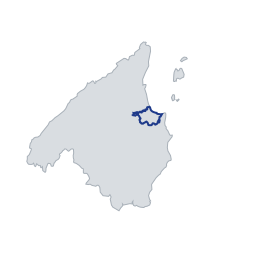 Valencia highlighted on a map of Spain, rotated 310°
{"feature_id": "ESP-5849", "entity_name": "Valencia", "entity_type": "Autonomous Community", "adm_level": 1, "iso_a3": "ESP", "parent_name": "Spain", "parent_adm1": "", "projection": "natural_earth1", "projection_center": [-1.049, 39.449], "detail": "fine", "context": "in_parent", "style": "outline", "palette": "blue", "viewbox_px": 256, "rotation_deg": 310, "n_neighbors": 0, "source": "natural_earth", "source_scale": "10m", "svg_char_len": 6342}
<svg xmlns="http://www.w3.org/2000/svg" viewBox="0 0 256 256"><g transform="rotate(310 128 128)"><path d="M136.5,68.0L136.5,68.6L137.6,69.7L140.8,70.4L141.6,70.8L141.4,72.4L140.7,73.7L141.4,74.3L142.1,74.3L143.1,73.2L143.3,73.9L144.8,74.5L148.0,75.8L150.3,75.9L152.7,78.3L156.6,77.9L160.0,80.2L163.3,79.7L164.0,80.1L169.1,80.2L169.4,78.3L170.0,77.5L178.8,80.2L179.8,81.8L179.7,82.6L180.1,84.5L181.3,84.4L183.6,83.3L186.6,84.6L187.4,85.8L188.0,85.9L190.3,84.7L196.4,86.1L196.6,85.2L197.0,85.0L199.6,84.1L200.6,84.0L203.9,84.6L204.3,85.6L205.0,86.1L205.2,87.0L203.3,87.5L203.2,89.1L204.4,90.5L204.5,92.8L201.3,95.9L192.0,101.0L188.9,104.0L181.9,105.6L174.7,107.9L170.4,111.9L171.5,112.3L172.8,113.7L172.4,114.3L170.5,115.2L168.8,115.5L165.7,120.5L161.4,125.7L159.7,128.1L156.3,134.2L156.3,135.9L158.0,142.0L159.0,143.6L160.4,144.9L163.0,146.1L163.6,147.2L162.7,148.3L160.1,150.2L155.6,152.7L153.7,154.8L153.3,156.7L152.0,157.6L151.5,160.3L149.7,164.1L149.6,165.1L151.0,166.5L149.6,167.4L142.6,167.7L138.3,170.7L136.1,173.3L134.2,178.3L131.8,181.2L130.7,181.7L129.1,180.4L127.1,180.2L125.1,180.7L124.1,181.7L122.4,182.2L120.9,181.7L117.4,181.5L115.9,181.5L113.5,182.3L111.5,181.8L108.1,181.5L100.6,182.2L99.7,182.5L96.3,185.8L92.7,185.9L89.4,187.2L87.2,190.4L86.7,192.2L86.1,191.8L85.6,191.9L85.3,193.2L83.0,194.1L80.5,193.0L78.4,191.4L77.3,191.3L75.6,188.8L74.8,187.2L74.3,185.5L74.3,184.3L72.7,183.6L72.3,182.0L73.5,179.9L75.1,178.8L73.7,178.9L72.6,180.2L71.3,178.1L66.0,174.0L66.3,172.6L65.4,173.6L64.7,173.9L62.0,173.8L58.8,174.3L57.6,167.3L58.4,164.8L62.1,160.1L64.3,159.4L65.3,157.0L63.2,157.1L60.1,152.4L61.0,148.0L64.3,144.7L64.9,143.3L65.0,142.1L64.4,141.2L62.7,140.8L60.9,137.3L60.6,135.1L59.1,133.9L57.9,131.8L59.0,131.4L63.6,131.4L64.7,130.9L65.6,129.4L66.5,127.1L66.8,125.6L65.0,123.5L65.0,123.1L65.2,122.4L68.0,120.1L67.5,118.4L68.0,114.8L67.8,112.7L67.6,111.0L66.7,108.8L67.3,107.9L68.8,107.1L70.0,105.3L71.7,103.7L73.9,102.5L76.6,99.9L76.2,98.7L75.3,98.0L72.1,97.5L71.9,96.9L72.0,94.0L71.2,92.9L70.0,93.0L68.3,92.5L67.9,92.8L65.6,92.7L64.1,92.2L63.4,92.7L63.2,93.7L60.5,94.7L59.1,94.7L56.7,93.8L53.9,94.1L53.6,93.9L51.2,95.1L50.4,95.1L49.5,93.7L50.8,91.6L49.7,89.6L49.0,89.6L44.6,91.0L42.0,92.9L41.0,93.1L40.7,92.8L40.6,90.1L43.4,87.2L41.7,87.0L41.8,86.2L42.9,84.9L41.8,83.9L41.9,81.0L39.5,81.9L38.9,81.8L38.9,80.6L40.4,78.3L38.9,78.1L37.8,77.2L36.4,75.3L36.4,74.3L37.3,72.0L39.4,70.9L41.4,69.2L44.2,69.5L48.4,68.2L49.9,67.5L49.8,66.5L49.4,65.8L49.8,65.1L53.3,63.1L55.3,62.9L57.4,61.9L58.8,62.6L60.0,62.4L61.4,63.1L63.2,64.8L65.8,65.5L68.0,65.0L79.0,64.8L82.2,64.0L84.6,65.0L89.2,65.5L92.1,66.4L99.8,67.9L102.7,67.9L108.4,66.4L109.9,66.8L112.2,66.1L113.3,66.2L114.7,67.2L119.7,68.6L121.0,67.5L122.0,67.2L125.6,67.9L129.2,69.3L131.1,69.4L133.8,69.1L136.5,68.0ZM203.7,129.6L205.0,130.1L206.4,129.6L207.1,129.8L207.8,130.1L208.0,131.1L205.2,136.5L202.8,137.9L200.4,136.8L199.1,136.5L198.7,136.1L198.3,134.3L197.7,133.8L196.8,133.6L194.9,134.9L194.4,134.0L193.5,133.8L193.2,133.3L193.2,132.6L198.8,128.5L200.4,127.5L203.8,126.5L204.4,126.6L203.9,127.3L204.4,127.9L203.7,129.6ZM219.6,127.4L219.1,128.9L214.9,126.9L213.5,126.7L213.2,126.4L213.3,124.9L216.1,124.7L218.4,125.4L219.6,127.4ZM180.6,144.5L180.1,145.5L178.1,145.1L177.6,144.7L178.0,143.5L178.6,143.4L178.7,142.5L179.3,141.7L182.2,141.0L182.9,141.6L183.1,142.4L181.3,144.2L180.6,144.5ZM182.7,148.7L182.4,148.9L180.1,148.7L180.1,148.0L180.5,147.0L181.4,148.0L182.7,148.2L182.7,148.7Z" fill="#d9dde1" stroke="#a8b0b8" stroke-width="1"/><path d="M158.1,130.8L158.1,131.0L158.0,131.4L157.9,131.7L157.8,131.9L157.5,132.3L157.3,132.5L157.1,132.8L157.0,133.1L156.9,133.3L156.5,133.9L156.4,134.2L156.3,134.9L156.3,135.7L156.4,136.4L156.7,137.6L157.5,139.4L157.7,139.7L157.9,140.0L157.7,140.1L157.6,140.5L157.7,141.2L157.9,141.7L158.3,142.4L158.7,143.0L159.2,143.9L159.4,144.2L159.9,144.6L160.4,145.1L157.7,145.6L156.6,145.1L155.1,146.2L152.7,146.6L153.1,147.3L153.3,147.2L153.5,147.1L153.9,147.5L152.4,148.3L152.2,148.2L151.9,147.9L150.8,147.3L150.6,147.3L149.7,147.5L149.5,147.4L149.1,147.0L149.0,146.9L148.8,146.9L148.5,147.0L148.4,147.0L148.3,146.9L148.1,146.7L148.2,146.4L148.3,146.3L148.3,146.2L148.1,145.5L148.1,145.4L148.2,145.2L148.1,144.9L147.7,144.1L147.4,143.9L147.2,143.9L147.1,144.0L146.9,144.1L146.6,144.1L146.2,144.1L145.9,144.2L145.5,144.2L145.3,144.1L145.1,144.0L143.7,142.4L143.6,142.0L143.5,141.8L143.6,141.7L143.6,141.4L143.8,141.1L143.9,140.9L144.0,140.7L144.2,140.4L144.3,140.3L144.4,140.2L144.5,139.9L144.6,139.6L144.7,139.4L144.7,139.0L144.7,138.9L144.7,138.7L144.7,138.4L144.8,138.3L144.8,138.1L144.7,137.9L142.9,137.3L142.7,137.3L142.5,137.2L141.9,136.8L141.6,136.7L141.4,136.8L141.2,136.8L141.0,136.7L140.9,136.4L140.7,136.2L140.5,135.9L140.3,135.9L140.2,135.7L140.1,135.4L140.1,135.2L140.2,134.9L140.2,134.7L140.3,134.6L140.3,134.3L140.3,134.2L140.3,133.9L140.2,133.7L140.3,133.6L140.3,133.4L140.5,133.3L140.6,133.2L140.8,133.0L141.3,132.0L141.4,131.9L141.7,131.6L141.9,131.4L142.1,131.4L142.3,131.4L142.5,131.5L142.8,131.6L143.0,131.6L143.3,131.5L143.4,131.4L143.5,131.2L143.5,130.8L143.4,130.7L143.5,130.4L143.8,129.8L144.0,129.6L144.2,129.2L144.4,128.3L144.4,128.0L144.4,127.8L144.4,127.5L144.4,127.4L144.3,127.1L144.4,126.9L144.5,126.8L145.0,126.6L145.4,126.6L145.7,126.5L145.8,126.5L146.1,126.4L146.4,126.3L146.9,126.4L147.1,126.3L147.3,126.4L147.5,126.4L148.2,126.7L148.4,127.0L148.4,127.3L148.3,127.5L148.4,127.8L148.5,127.9L148.5,128.0L148.4,128.2L148.5,128.3L148.7,128.5L148.8,128.5L149.0,128.5L150.0,128.1L150.7,129.0L151.1,129.1L151.3,128.5L151.8,128.8L152.0,129.5L152.0,129.8L151.9,130.0L152.0,130.1L152.1,130.3L152.3,130.3L152.6,130.2L152.8,130.1L153.0,129.7L153.5,129.5L154.3,130.6L154.6,130.7L154.9,130.6L155.2,130.3L155.6,129.7L156.1,129.4L156.6,129.6L157.1,130.2L158.1,130.8ZM143.0,122.5L143.2,122.9L143.4,123.1L143.5,123.3L143.7,123.5L143.8,123.5L143.8,123.8L144.2,124.0L145.1,124.1L145.4,124.3L145.9,124.7L146.0,124.9L146.1,125.0L146.0,125.3L145.9,125.4L145.2,125.7L144.9,125.8L144.7,125.8L144.3,125.9L144.1,125.9L144.0,126.0L143.9,126.0L143.6,126.0L143.2,125.9L142.4,125.7L142.2,125.7L141.6,124.5L141.5,124.3L141.5,124.2L141.1,123.9L141.0,123.7L141.0,123.4L141.7,123.6L142.2,123.6L142.5,123.5L142.7,123.4L142.8,123.3L142.8,123.2L142.7,122.9L142.8,122.8L142.9,122.6L143.0,122.5Z" fill="none" stroke="#1e3a8a" stroke-width="2"/></g></svg>